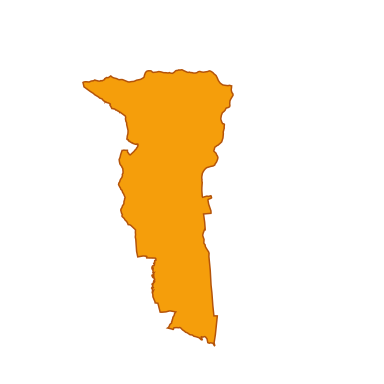 the district of Arcus, Covasna, Romania, rotated 63°
{"feature_id": "2599482B44539906477830", "entity_name": "Arcus", "entity_type": "district", "adm_level": 2, "iso_a3": "ROU", "parent_name": "Romania", "parent_adm1": "Covasna", "projection": "mercator", "projection_center": [25.745, 45.912], "detail": "fine", "context": "isolated", "style": "filled", "palette": "amber", "viewbox_px": 384, "rotation_deg": 63, "n_neighbors": 0, "source": "geoboundaries", "source_scale": "gbopen_adm2", "svg_char_len": 6006}
<svg xmlns="http://www.w3.org/2000/svg" viewBox="0 0 384 384"><g transform="rotate(63 192 192)"><path d="M302.1,275.5L304.8,272.3L305.9,271.3L305.9,270.9L304.9,270.0L304.9,269.4L305.8,267.3L307.1,265.2L307.1,264.5L307.7,263.9L310.6,263.0L312.4,262.0L314.1,261.3L315.2,260.2L318.2,258.6L319.3,257.0L319.8,256.5L321.4,255.8L322.5,254.4L325.0,251.9L327.9,250.8L328.3,250.2L327.9,249.7L326.8,249.9L325.7,249.9L325.3,249.6L325.2,249.3L326.2,248.3L326.4,246.9L326.7,246.2L327.5,245.7L329.7,245.3L333.4,246.3L334.5,245.3L334.7,244.8L334.7,244.2L334.8,243.9L336.3,242.0L338.5,241.9L339.1,241.8L339.0,241.4L336.9,240.9L336.0,240.5L329.8,236.0L313.9,225.7L312.3,228.7L302.9,225.1L291.0,220.1L283.6,217.3L270.3,211.4L257.1,206.2L254.3,204.6L253.0,204.4L250.1,204.7L246.8,204.9L245.0,204.3L243.2,204.7L242.6,204.5L239.7,202.8L236.0,202.3L235.1,201.9L233.8,200.8L231.0,197.7L231.5,197.3L224.6,194.4L216.8,191.7L219.6,184.8L219.2,184.5L217.4,183.7L210.5,182.7L206.5,181.5L205.9,180.9L206.2,178.2L206.1,177.3L205.8,177.1L204.2,176.8L203.9,176.9L203.4,179.3L202.4,180.7L201.6,184.9L200.7,184.9L195.2,182.6L192.7,181.3L188.2,178.6L186.5,178.1L185.6,177.5L184.0,177.0L182.0,175.8L181.4,175.2L180.4,174.6L179.5,173.5L178.2,171.5L177.4,169.6L177.0,167.9L177.7,163.8L178.4,161.4L178.3,159.5L177.6,158.8L176.3,156.4L174.1,154.0L172.9,153.2L171.3,153.0L170.6,153.2L168.3,153.0L165.6,154.0L164.9,153.7L164.3,152.9L162.8,151.7L162.4,151.2L162.3,149.9L162.0,148.9L162.1,147.6L161.5,145.2L160.8,142.8L157.9,139.9L154.3,137.6L152.8,137.0L149.6,134.2L148.9,134.0L146.6,132.5L146.1,132.5L145.5,132.9L145.1,133.6L144.8,133.7L143.0,133.7L140.3,133.3L139.5,132.9L137.0,131.0L135.2,129.0L134.7,126.8L134.1,125.3L132.9,123.8L132.8,123.0L133.1,122.0L133.2,121.0L133.1,119.9L132.9,119.6L132.0,118.9L130.4,118.3L128.0,116.8L126.9,115.4L124.5,111.6L124.0,111.3L122.9,111.0L121.5,111.3L119.5,110.9L118.3,110.4L117.0,109.4L116.3,109.1L115.5,108.5L114.0,110.1L113.8,110.6L113.8,111.1L113.4,112.0L111.4,114.9L110.7,115.8L109.8,116.4L107.9,117.4L105.7,117.8L104.0,117.9L102.1,117.7L99.1,117.7L96.6,118.8L95.3,119.1L93.6,120.0L92.3,121.0L91.9,121.7L91.8,123.3L90.4,127.6L89.2,129.2L88.2,130.2L87.9,130.8L87.7,132.0L87.9,133.3L87.8,133.9L87.5,135.1L87.1,135.9L86.5,136.9L85.7,137.7L84.8,139.2L84.0,139.9L83.8,140.9L83.3,141.7L80.1,144.3L78.9,145.1L78.4,145.7L77.9,147.3L77.2,148.4L77.1,149.7L76.6,150.9L76.6,151.6L77.2,153.5L77.4,155.6L76.3,157.2L75.3,158.0L75.3,158.7L75.0,159.5L73.9,161.0L72.8,163.1L70.9,165.1L69.6,166.9L69.1,169.0L67.8,172.4L67.3,172.8L65.8,173.3L65.3,173.7L64.3,175.6L63.9,176.9L63.9,177.8L64.5,179.3L66.2,181.2L67.8,182.5L68.1,183.4L68.3,186.0L68.2,187.1L67.2,190.6L67.1,193.4L66.0,196.2L65.6,197.7L64.9,198.9L60.3,202.9L59.5,204.3L59.2,205.3L58.3,206.6L56.8,207.6L54.8,209.9L53.6,210.9L51.7,211.7L52.1,214.5L51.6,215.8L51.3,216.0L51.2,216.4L51.3,216.9L51.4,218.4L52.0,218.7L52.1,219.1L52.1,221.8L51.4,222.5L51.4,223.7L51.3,224.1L50.8,224.6L50.7,225.1L49.4,226.3L49.0,227.1L48.5,227.3L48.0,228.0L48.2,228.8L47.9,230.0L47.4,231.4L47.3,233.7L45.5,236.6L44.9,238.3L44.9,239.4L49.3,240.5L56.4,236.9L59.4,235.1L61.0,234.6L64.8,232.2L66.4,231.6L68.2,229.9L70.2,229.5L72.3,228.4L72.6,228.6L72.5,227.9L73.8,227.2L74.9,225.8L76.0,225.4L76.3,224.9L76.7,224.9L77.6,225.7L78.9,225.5L81.3,225.5L81.8,224.6L82.2,224.4L82.3,223.8L83.2,223.1L84.5,222.6L84.6,222.2L85.3,221.7L85.9,221.6L86.3,221.0L87.2,220.6L87.6,220.2L88.4,220.3L88.5,219.7L94.1,216.9L95.6,217.3L96.6,218.1L99.0,218.8L100.6,218.8L102.3,219.6L108.3,221.1L110.9,222.6L112.9,224.4L114.0,225.0L114.5,225.5L115.2,225.9L115.6,226.0L116.4,225.1L116.9,225.4L117.8,225.2L118.0,224.9L118.5,224.9L118.7,224.4L119.3,224.3L121.1,223.2L121.2,222.7L121.9,222.6L123.8,220.7L124.5,219.6L124.2,219.2L124.9,218.5L126.4,219.2L126.4,219.6L127.2,220.2L127.6,220.8L127.5,221.1L127.7,221.5L128.5,222.5L128.8,223.9L129.1,224.3L129.6,225.5L130.9,230.2L130.2,230.8L128.3,231.0L127.4,231.4L125.5,230.6L124.6,232.4L123.7,233.8L123.5,234.9L123.2,235.4L126.3,238.6L128.5,240.4L130.0,242.2L132.0,242.9L134.3,243.5L136.3,243.3L137.2,243.0L138.3,243.2L139.6,243.0L142.8,244.3L144.1,245.1L144.4,245.8L144.8,246.2L145.9,246.6L147.2,247.9L148.3,250.0L150.3,252.1L150.8,253.1L152.1,254.1L155.0,254.1L155.6,253.9L157.1,254.2L158.2,253.9L158.7,253.6L160.8,254.0L162.6,253.8L166.4,254.1L166.9,254.4L167.5,255.2L168.3,255.6L169.4,256.8L171.6,258.1L172.8,260.3L173.9,261.3L175.1,263.2L176.1,263.8L179.0,264.4L180.7,264.4L181.1,265.0L182.1,265.4L184.9,264.4L186.4,264.4L188.4,263.7L190.0,263.5L192.1,263.7L193.0,262.3L194.1,261.6L200.0,259.5L202.5,260.9L204.3,261.6L206.4,263.0L208.7,263.6L219.7,268.3L225.2,269.8L226.8,264.6L228.3,262.1L228.7,262.2L229.0,261.6L230.2,262.2L233.8,255.5L234.4,254.6L234.9,254.5L236.3,255.0L236.4,255.4L236.1,256.1L236.2,256.4L236.7,256.8L237.6,257.0L238.5,257.7L238.1,258.1L238.1,258.5L238.5,258.6L239.4,258.3L240.0,258.7L240.1,259.2L240.4,259.6L240.0,260.1L240.0,260.6L240.3,261.3L240.9,261.5L241.3,262.2L242.5,262.5L242.7,262.1L242.0,261.3L242.2,261.1L243.2,261.8L243.6,262.3L245.4,262.8L246.1,263.5L246.6,263.1L246.7,262.4L247.4,263.5L248.5,263.6L248.4,264.5L247.9,264.9L247.9,265.3L248.2,265.6L249.0,265.4L249.3,264.6L249.5,264.8L249.7,265.4L249.1,265.5L249.3,265.8L250.6,265.6L250.8,265.4L250.7,264.6L251.9,265.0L252.2,264.8L253.5,265.2L253.7,265.7L253.5,266.1L253.9,266.4L254.9,266.0L255.2,266.5L254.7,266.8L254.6,267.1L254.7,267.3L256.2,268.1L255.7,269.0L256.1,269.5L256.6,269.6L257.2,269.4L258.0,269.6L258.1,270.0L258.9,270.3L259.6,269.9L259.7,270.2L259.1,270.5L258.9,270.8L259.1,271.4L259.3,271.6L260.0,271.4L260.5,271.6L261.2,271.5L262.3,272.2L262.6,271.9L262.5,271.3L263.4,272.3L263.2,272.6L263.2,272.9L263.6,273.1L265.2,273.3L267.7,274.4L273.0,274.8L274.1,275.2L275.6,272.9L284.6,274.9L285.6,273.0L287.0,269.6L287.7,266.2L288.1,265.3L291.5,260.9L292.4,262.7L293.9,264.0L294.9,265.8L296.2,266.8L297.3,268.0L297.7,268.0L298.4,269.1L299.5,269.7L299.8,271.3L300.1,271.6L300.3,272.3L301.1,273.0L302.0,274.5L302.1,275.5Z" fill="#f59e0b" stroke="#b45309" stroke-width="1.5"/></g></svg>